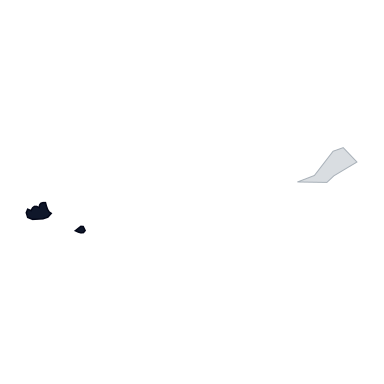 American Samoa, with Manu's highlighted, rotated 175°
{"feature_id": "ASM-4999", "entity_name": "Manu's", "entity_type": "state/province", "adm_level": 1, "iso_a3": "ASM", "parent_name": "American Samoa", "parent_adm1": "", "projection": "equal_earth", "projection_center": [-169.541, -14.22], "detail": "fine", "context": "in_parent", "style": "filled", "palette": "ink", "viewbox_px": 384, "rotation_deg": 175, "n_neighbors": 0, "source": "natural_earth", "source_scale": "10m", "svg_char_len": 658}
<svg xmlns="http://www.w3.org/2000/svg" viewBox="0 0 384 384"><g transform="rotate(175 192 192)"><path d="M47.9,220.3L37.5,223.0L25.1,207.5L49.2,195.8L56.8,189.8L86.1,192.8L68.6,197.8L47.9,220.3Z" fill="#d9dde1" stroke="#a8b0b8" stroke-width="1"/><path d="M353.2,178.6L357.9,181.0L358.9,185.8L357.2,189.2L354.0,187.5L352.1,190.2L350.2,191.4L348.0,191.2L345.7,189.7L344.8,192.6L343.4,194.0L341.4,194.4L338.9,194.2L338.2,190.3L337.3,187.0L336.0,184.5L334.1,183.0L337.8,179.5L342.8,178.3L353.2,178.6ZM301.8,162.9L303.7,161.0L306.2,161.0L308.8,162.0L311.6,163.6L305.7,167.5L303.4,167.1L301.8,162.9Z" fill="#0f172a" stroke="#020617" stroke-width="1.5"/></g></svg>